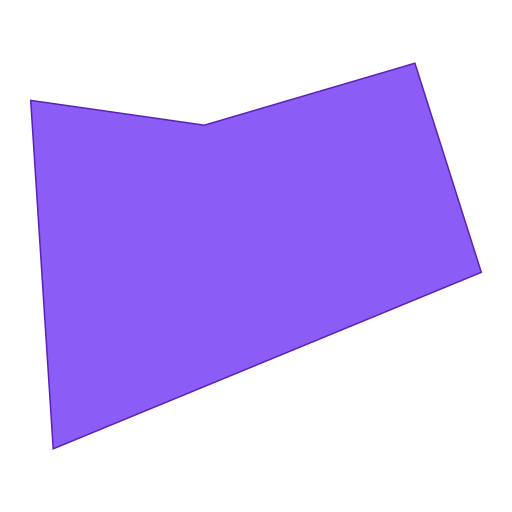 outline of Aiwo, rotated 270°
{"feature_id": "NRU-4972", "entity_name": "Aiwo", "entity_type": "state/province", "adm_level": 1, "iso_a3": "NRU", "parent_name": "Nauru", "parent_adm1": "", "projection": "orthographic", "projection_center": [166.914, -0.531], "detail": "fine", "context": "isolated", "style": "filled", "palette": "violet", "viewbox_px": 512, "rotation_deg": 270, "n_neighbors": 0, "source": "natural_earth", "source_scale": "10m", "svg_char_len": 240}
<svg xmlns="http://www.w3.org/2000/svg" viewBox="0 0 512 512"><g transform="rotate(270 256 256)"><path d="M239.7,481.3L63.2,53.2L411.6,30.7L386.8,204.2L448.8,414.9L239.7,481.3Z" fill="#8b5cf6" stroke="#5b21b6" stroke-width="1.5"/></g></svg>